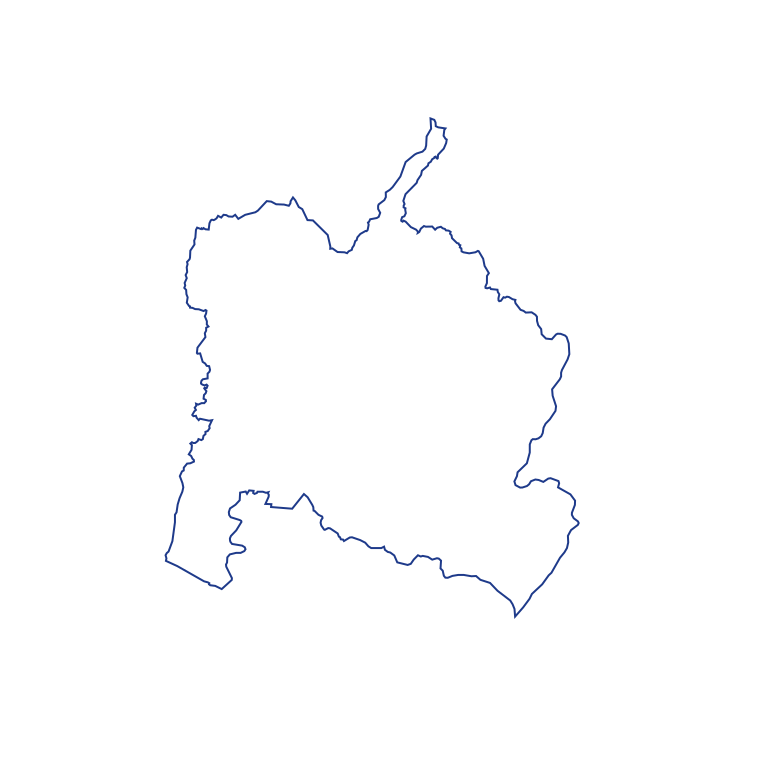 Mueang Chiang Mai, Chiang Mai, Thailand, rotated 207°
{"feature_id": "78962969B21056677706601", "entity_name": "Mueang Chiang Mai", "entity_type": "district", "adm_level": 2, "iso_a3": "THA", "parent_name": "Thailand", "parent_adm1": "Chiang Mai", "projection": "robinson", "projection_center": [98.982, 18.787], "detail": "fine", "context": "isolated", "style": "outline", "palette": "blue", "viewbox_px": 768, "rotation_deg": 207, "n_neighbors": 0, "source": "geoboundaries", "source_scale": "gbopen_adm2", "svg_char_len": 6166}
<svg xmlns="http://www.w3.org/2000/svg" viewBox="0 0 768 768"><g transform="rotate(207 384 384)"><path d="M463.1,641.7L457.9,632.8L458.4,623.9L454.7,615.6L454.0,612.2L455.2,608.5L459.5,604.3L460.9,602.2L465.5,591.6L463.6,576.3L465.7,563.4L467.0,559.6L469.4,555.5L467.2,551.4L467.2,548.0L470.3,541.6L470.1,540.0L468.7,537.3L465.1,534.8L464.6,530.6L465.8,528.6L471.1,524.5L471.0,521.6L471.6,520.6L470.0,519.0L468.5,513.8L468.9,512.3L469.9,512.0L473.2,507.0L474.3,502.6L473.7,499.7L474.5,498.3L473.7,493.8L474.1,491.1L473.6,488.9L475.7,486.2L476.3,483.8L479.0,483.4L485.3,480.5L491.5,481.4L493.3,480.1L494.2,482.1L501.8,491.2L521.6,497.5L526.6,495.3L536.2,502.7L540.3,503.0L546.4,507.4L549.8,508.9L550.2,504.5L549.4,502.4L549.7,499.6L554.5,498.5L561.7,495.2L567.3,495.3L571.5,493.7L575.1,481.2L576.6,478.6L584.5,471.7L588.8,465.0L593.4,467.2L594.9,464.3L598.6,462.7L601.1,462.9L603.8,461.9L604.6,458.4L608.2,458.5L608.4,455.6L609.2,454.0L610.1,452.7L611.9,452.3L612.6,451.2L612.5,448.0L610.3,442.0L613.3,440.8L615.6,441.0L615.9,439.8L617.2,439.9L617.3,439.0L621.5,438.5L621.5,435.9L618.5,428.7L618.2,425.6L616.2,422.3L617.1,414.9L614.2,408.5L613.9,406.9L614.9,403.3L613.4,401.6L612.8,398.5L610.2,394.4L610.2,391.0L607.8,388.8L607.5,383.5L605.8,381.5L605.6,379.0L603.0,378.0L600.8,374.3L598.3,372.1L596.6,366.9L593.1,365.0L592.1,365.1L591.5,364.0L589.2,364.9L586.3,365.0L582.9,366.5L577.9,367.1L576.6,368.9L575.5,368.8L574.5,366.0L574.4,363.0L570.3,359.5L568.9,356.6L566.5,355.5L568.0,353.4L566.7,350.8L566.7,347.9L564.4,344.7L566.7,331.7L564.8,326.7L564.0,326.3L561.7,327.8L555.6,321.4L552.7,321.1L550.2,319.7L547.9,320.5L545.4,317.6L545.1,315.7L545.9,313.2L543.7,308.9L547.5,306.0L548.1,304.1L547.7,302.3L547.2,301.3L545.6,301.0L543.2,301.3L541.8,302.9L540.4,302.4L540.2,299.9L542.1,299.3L542.2,298.5L539.0,297.0L538.7,294.8L539.4,292.5L538.1,289.0L535.5,288.9L534.8,287.8L535.5,285.3L537.8,284.2L540.2,281.3L542.5,281.1L541.4,279.6L541.9,276.9L539.8,275.5L540.6,273.5L540.8,269.4L539.2,268.8L537.1,270.3L535.7,268.9L532.7,267.7L532.2,269.5L523.2,271.9L520.8,273.7L520.6,267.1L519.3,265.5L519.7,262.1L521.4,260.3L520.3,258.3L521.3,255.9L520.4,252.6L521.3,251.1L524.3,250.7L524.1,248.6L525.4,245.8L527.2,244.8L528.7,244.9L529.5,243.0L527.4,242.3L525.6,238.0L526.0,232.7L523.1,232.3L520.8,230.5L519.0,230.0L518.1,228.6L520.6,225.4L523.3,223.7L524.4,218.6L523.2,216.0L524.3,214.4L524.1,209.2L518.6,204.2L515.9,200.8L514.8,196.5L514.3,189.4L513.1,182.9L510.6,175.5L510.9,172.6L507.5,165.9L501.2,147.9L499.9,136.9L500.8,134.7L500.9,132.3L498.7,129.9L498.0,127.4L485.5,127.9L454.7,126.5L450.9,127.3L449.2,127.2L449.0,126.1L447.5,125.8L442.7,127.5L435.5,127.6L430.7,140.3L431.4,142.0L441.6,149.6L442.8,151.4L442.8,153.7L444.9,158.4L444.0,162.2L439.1,166.4L435.1,168.4L432.6,171.7L432.4,173.9L433.9,175.3L437.0,175.6L446.8,172.5L449.3,173.7L450.3,174.9L451.2,176.5L451.4,179.1L449.2,186.5L448.4,196.4L449.1,197.2L450.8,197.3L460.1,195.7L462.5,197.0L464.1,199.4L464.7,203.2L461.5,209.0L459.8,214.9L462.9,221.9L458.4,225.4L456.2,224.0L455.8,228.0L451.7,229.6L451.1,227.5L449.5,227.3L447.8,229.2L447.8,230.6L443.1,233.0L439.7,233.5L437.9,235.1L437.9,234.0L436.3,232.9L435.6,231.1L435.2,223.3L429.8,225.8L428.8,223.1L409.2,231.2L405.4,249.6L400.6,248.4L393.0,243.7L391.1,242.2L389.3,239.2L388.2,239.4L383.0,237.7L378.9,237.8L377.9,236.7L378.2,234.1L377.5,231.6L375.6,229.4L371.3,227.1L370.5,227.2L368.3,230.3L366.6,230.9L357.4,229.8L354.9,227.5L353.6,227.5L352.0,226.0L349.8,226.8L348.4,225.9L344.8,231.7L342.9,232.9L334.4,234.1L328.7,234.1L324.2,232.3L320.9,232.0L311.9,236.6L310.1,239.1L307.9,236.7L304.4,236.1L301.9,236.7L297.0,235.9L291.2,231.1L280.8,233.5L278.5,235.9L277.8,241.1L276.0,246.8L272.9,247.0L271.5,248.4L266.3,249.9L261.3,249.4L257.7,252.8L255.9,253.3L253.0,252.5L249.9,245.3L246.9,244.3L243.6,240.3L241.4,239.3L239.2,240.3L235.9,244.1L231.3,247.5L226.2,250.1L218.8,252.4L214.8,254.7L209.2,253.3L199.2,254.9L189.0,251.3L173.2,248.4L169.4,246.1L165.6,242.8L161.6,236.3L158.6,248.1L156.8,258.7L156.9,264.1L152.1,277.3L150.4,288.3L149.1,291.8L148.3,309.1L146.8,315.9L146.5,320.9L147.9,326.4L151.2,332.2L151.1,336.7L151.0,338.8L147.3,346.5L147.4,348.5L148.8,349.6L154.0,350.5L157.2,352.7L158.1,354.6L159.0,362.9L160.8,366.8L167.8,370.3L182.0,370.9L182.9,375.1L184.5,376.7L192.8,375.7L194.7,374.3L197.6,369.1L202.6,368.7L205.8,367.6L208.9,364.1L209.2,360.5L210.3,358.0L213.7,354.6L215.7,353.5L220.9,353.6L223.6,356.4L223.7,362.2L224.9,366.0L220.7,378.2L223.0,389.1L226.7,396.4L227.1,400.8L226.4,402.4L223.8,403.6L221.7,405.7L220.2,408.8L220.3,412.3L222.0,417.6L222.0,422.0L220.2,427.9L219.0,437.9L220.6,442.3L228.4,450.1L231.8,455.6L229.5,468.0L229.6,471.1L231.3,474.4L231.8,477.2L231.6,489.2L232.4,494.7L237.8,504.0L242.5,508.7L244.7,509.4L249.4,508.9L252.2,507.6L253.2,506.2L254.8,500.1L260.3,498.0L266.1,499.9L268.9,504.3L273.3,506.4L276.3,509.7L278.3,513.4L280.5,514.4L285.0,514.9L290.1,512.0L292.8,512.5L296.0,512.1L303.4,515.6L304.8,517.2L305.1,518.6L308.0,517.9L312.2,518.2L314.1,517.6L315.3,515.9L316.9,515.6L317.6,511.2L318.9,510.1L319.9,510.5L321.0,512.4L321.9,516.2L324.4,517.7L325.7,519.5L331.9,517.1L333.4,518.1L335.5,516.1L337.1,515.7L337.9,516.8L338.1,520.6L341.3,527.0L340.9,530.4L348.0,534.9L352.5,540.6L359.9,545.3L360.8,545.2L362.3,542.9L367.4,539.1L373.0,537.4L375.1,537.4L376.6,539.9L378.5,540.2L379.0,542.3L380.4,542.1L381.3,543.1L382.9,542.7L389.6,544.8L391.3,547.1L393.4,547.9L393.7,549.8L396.0,550.0L398.6,549.0L400.1,549.8L402.3,549.4L404.7,549.9L407.5,547.4L408.5,544.7L412.5,546.2L418.3,543.1L420.1,542.9L421.7,539.2L421.6,535.4L422.5,533.9L422.8,535.1L425.5,536.1L431.3,536.0L438.5,538.5L440.8,538.4L441.1,537.1L442.5,537.1L443.1,537.8L443.6,540.9L442.0,542.7L442.1,546.1L444.3,549.0L444.6,550.3L446.7,550.3L447.5,552.0L447.4,553.7L449.9,555.9L451.0,562.9L446.2,578.1L446.7,580.8L445.9,587.2L447.0,591.1L444.0,598.6L444.6,600.8L443.2,603.3L443.1,606.2L442.0,607.9L442.0,609.2L441.2,610.1L439.7,609.0L438.8,609.0L438.6,609.5L439.9,612.9L437.6,620.9L438.0,626.9L439.1,630.3L440.5,630.4L443.6,632.2L445.6,637.7L445.3,639.6L452.2,637.3L454.9,637.2L456.8,640.4L459.1,642.2L463.1,641.7Z" fill="none" stroke="#1e3a8a" stroke-width="2"/></g></svg>